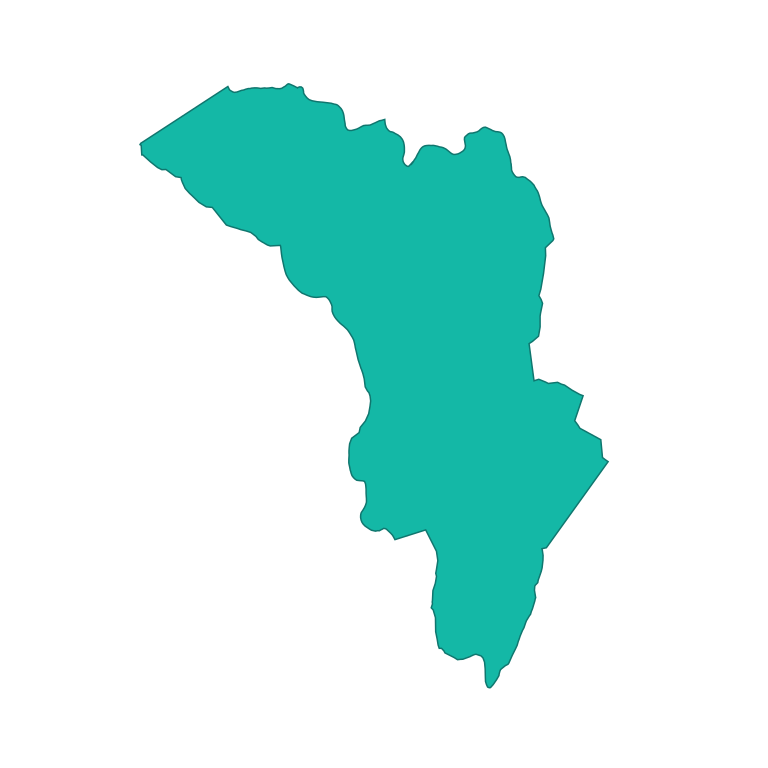 Blanchard, Vieux Fort, Saint Lucia, rotated 353°
{"feature_id": "8701671B33750138379558", "entity_name": "Blanchard", "entity_type": "district", "adm_level": 2, "iso_a3": "LCA", "parent_name": "Saint Lucia", "parent_adm1": "Vieux Fort", "projection": "equal_earth", "projection_center": [-60.946, 13.805], "detail": "fine", "context": "isolated", "style": "filled", "palette": "teal", "viewbox_px": 768, "rotation_deg": 353, "n_neighbors": 0, "source": "geoboundaries", "source_scale": "gbopen_adm2", "svg_char_len": 6125}
<svg xmlns="http://www.w3.org/2000/svg" viewBox="0 0 768 768"><g transform="rotate(353 384 384)"><path d="M171.5,127.1L172.6,127.3L179.5,135.3L185.6,141.5L189.6,144.2L193.7,144.5L202.4,152.8L207.8,154.4L207.8,156.4L208.5,159.4L210.5,165.7L214.2,171.0L216.4,173.6L222.5,181.2L229.2,186.5L235.1,187.8L246.9,207.0L251.0,209.0L257.4,211.7L260.6,213.3L265.8,215.3L270.2,217.3L274.9,221.9L276.8,225.2L280.0,227.9L285.2,231.8L287.9,233.1L293.8,233.5L298.0,233.8L298.2,235.2L298.1,242.2L298.2,246.2L299.0,255.4L299.6,260.0L300.3,263.6L301.5,266.7L302.7,269.3L304.4,272.0L306.8,275.7L310.6,280.7L313.8,283.9L315.9,285.0L318.0,286.3L319.9,287.3L322.1,288.4L324.2,289.1L327.4,289.8L331.7,289.9L334.3,289.9L336.7,290.2L337.5,290.7L338.3,291.6L338.6,292.0L339.3,292.9L340.2,294.6L340.7,296.0L341.6,298.8L341.9,300.9L341.5,303.6L341.4,305.6L342.0,308.3L343.1,311.2L344.3,313.4L345.7,315.5L347.9,318.4L349.4,320.0L350.8,321.4L352.8,323.8L354.4,325.8L355.6,328.1L356.5,329.9L357.4,332.0L358.1,333.4L358.6,334.7L359.3,336.7L359.7,339.7L359.9,342.1L360.0,344.5L360.2,346.2L360.5,348.9L361.3,356.7L362.6,363.3L363.1,365.9L363.4,366.7L364.3,371.0L365.0,376.4L365.0,384.6L366.7,388.8L368.0,390.8L368.7,394.2L368.7,399.2L367.4,404.4L365.2,411.6L361.0,418.5L355.1,424.2L353.4,429.2L345.3,433.9L342.6,439.1L341.7,443.0L341.1,446.0L340.8,448.5L340.7,450.2L339.9,454.6L339.5,457.7L339.5,459.1L339.8,462.3L340.0,465.4L340.3,466.9L340.5,468.6L341.1,471.1L342.3,473.2L343.6,474.8L345.2,476.2L347.1,476.7L348.4,477.0L351.0,477.5L352.5,478.1L353.0,478.9L353.5,481.0L353.5,483.7L353.4,486.2L352.9,490.4L352.7,493.6L352.6,495.7L352.3,498.4L352.0,499.7L350.7,502.4L349.5,504.3L347.8,506.5L346.7,507.8L345.8,508.8L345.1,510.4L344.7,512.1L344.5,513.8L344.7,516.4L345.3,518.6L346.3,520.6L347.9,522.7L350.3,524.8L351.8,526.1L353.7,527.6L357.6,529.0L359.8,528.8L361.5,529.1L363.1,528.4L364.4,528.0L366.0,527.3L367.7,527.7L368.9,528.6L372.4,532.8L374.0,535.1L375.0,537.4L375.9,539.8L407.6,533.9L415.7,556.4L415.9,565.9L413.4,574.7L412.3,578.2L412.7,581.3L410.6,588.2L407.4,595.0L405.7,604.8L405.3,606.2L405.3,608.2L403.6,611.9L405.3,614.2L406.6,622.2L405.1,636.2L405.7,644.0L405.9,649.7L406.6,653.1L408.9,653.4L411.0,656.3L411.7,658.3L420.2,664.0L423.4,666.6L426.3,666.6L428.7,666.8L436.1,665.1L437.4,664.6L440.2,663.7L442.3,663.4L447.2,665.7L448.9,668.0L449.9,672.3L449.7,679.1L448.9,687.1L448.5,691.7L449.1,694.9L449.9,697.4L451.4,698.3L452.7,698.3L455.7,695.7L459.7,691.2L462.5,687.5L463.0,685.7L464.1,683.0L464.9,681.7L466.3,680.7L468.1,679.6L470.2,678.3L472.9,677.3L473.9,676.2L478.2,669.0L482.3,662.8L484.3,659.6L486.0,655.6L486.9,654.0L488.4,650.8L491.4,645.5L493.2,643.0L495.2,638.8L496.5,636.3L500.3,631.5L501.3,630.6L502.6,627.6L503.9,625.3L507.3,617.6L507.8,616.0L508.0,615.4L508.5,614.7L508.2,607.0L508.5,605.6L509.0,603.1L509.6,602.2L512.4,599.9L513.1,597.6L517.2,589.2L518.5,585.8L520.3,578.3L521.0,573.5L520.9,568.6L520.7,566.7L525.2,566.3L597.0,488.4L594.4,486.1L593.0,484.7L591.9,483.6L592.4,465.7L573.1,451.9L571.4,448.3L570.0,445.8L568.8,443.7L580.2,419.9L577.0,418.2L569.7,412.9L563.1,407.1L560.1,405.8L556.5,403.5L547.2,403.5L544.5,401.7L538.2,398.2L533.3,399.1L532.9,361.6L536.6,359.8L543.2,355.4L545.9,346.4L547.2,335.7L548.0,332.8L551.2,323.3L550.2,319.2L548.5,315.2L551.2,309.0L555.8,293.8L560.1,276.4L560.8,268.4L569.1,262.2L570.2,260.6L569.8,257.6L569.8,257.0L569.2,254.6L568.7,251.5L568.5,250.1L568.2,247.9L568.1,245.8L568.1,244.0L568.0,241.2L567.9,239.3L567.1,236.8L566.5,235.2L565.7,233.4L564.7,230.9L563.8,228.8L562.7,226.1L562.1,223.7L561.7,221.5L561.2,217.3L560.7,214.7L560.4,213.2L559.7,211.0L558.8,209.2L557.7,206.7L557.1,204.9L555.1,202.1L553.8,200.5L551.3,198.2L549.4,196.2L546.9,195.2L545.1,195.2L543.3,195.4L541.3,195.0L540.1,194.3L538.9,192.6L538.0,191.0L537.1,188.9L536.7,187.1L536.9,184.4L536.9,182.7L537.0,181.2L536.9,180.4L536.8,179.7L536.9,177.0L536.6,173.6L535.9,170.8L535.4,168.5L534.8,166.1L534.5,163.7L534.4,161.7L534.1,158.8L533.9,155.5L533.4,153.0L532.4,150.7L531.3,149.2L529.8,148.2L527.6,147.5L525.5,147.1L523.9,146.3L522.5,145.6L521.2,144.6L519.1,143.3L517.2,142.1L515.8,141.4L513.9,141.5L512.4,142.1L510.8,143.0L509.1,144.3L507.1,145.1L505.0,145.4L502.8,145.7L499.9,145.5L498.2,146.0L497.3,146.6L494.8,148.3L494.0,149.2L493.6,151.2L493.9,157.4L493.6,158.6L493.1,160.0L492.1,161.3L490.6,162.5L488.9,163.3L487.4,164.0L485.6,164.6L483.0,164.8L481.2,164.7L479.4,163.7L478.1,162.5L474.4,158.6L473.0,157.6L471.6,156.7L470.0,156.0L467.9,155.4L466.3,154.6L462.2,153.2L459.7,153.0L457.7,152.6L455.0,152.5L453.5,152.6L451.8,153.1L450.6,153.8L449.7,154.5L448.3,155.9L446.3,158.8L445.4,159.9L443.0,163.6L442.0,164.6L441.3,165.4L439.9,167.3L438.7,168.5L438.8,167.8L437.0,169.4L436.2,170.0L435.7,170.4L435.0,171.0L434.2,170.9L433.4,170.6L431.8,169.1L431.4,168.6L430.6,167.0L430.1,165.5L430.0,163.8L430.1,162.6L430.5,161.2L431.1,159.9L431.6,158.8L432.5,156.3L433.0,152.3L433.1,150.9L433.1,149.0L432.9,146.4L432.4,144.5L431.9,143.2L430.4,140.7L428.2,138.5L425.4,136.6L424.1,135.5L422.5,134.7L421.2,134.4L420.5,133.9L419.5,133.0L418.6,131.7L417.7,130.1L417.3,128.4L416.9,126.3L416.9,124.8L416.9,123.5L417.0,121.5L413.3,122.1L412.3,122.1L411.1,122.3L410.0,122.7L409.3,122.9L407.3,123.6L404.9,124.3L402.1,125.2L401.5,125.3L399.3,125.2L397.5,125.0L395.2,125.0L392.9,125.8L390.0,127.0L387.8,127.7L385.2,128.1L382.7,128.4L380.4,128.1L378.8,127.3L378.2,126.3L377.4,124.6L377.0,122.9L377.1,120.8L376.9,117.0L376.9,112.8L376.7,110.7L376.1,107.9L375.5,106.5L374.9,105.3L372.7,102.4L371.7,101.4L370.5,100.7L368.6,100.1L365.8,98.9L357.8,96.9L352.1,95.7L347.1,94.1L344.3,92.6L342.6,90.8L341.2,88.7L340.4,87.2L339.7,85.6L339.8,83.5L339.6,81.3L339.3,80.3L338.1,79.1L336.5,78.8L334.7,79.2L334.3,79.6L330.9,77.2L326.7,74.7L325.5,74.4L324.6,74.8L323.4,75.6L322.5,76.3L320.5,77.1L318.7,78.0L316.5,78.2L312.6,77.6L310.7,76.8L309.1,76.1L306.5,76.2L303.5,76.1L301.6,75.6L297.6,75.6L294.4,74.7L291.5,74.3L288.8,74.2L286.9,74.4L285.3,74.2L282.5,74.6L280.5,75.1L278.4,75.2L273.6,76.3L270.8,76.3L269.3,75.5L267.6,74.2L266.5,73.2L265.3,69.7L171.8,115.5L171.0,116.7L172.1,117.5L171.5,127.1Z" fill="#14b8a6" stroke="#0f766e" stroke-width="1.5"/></g></svg>